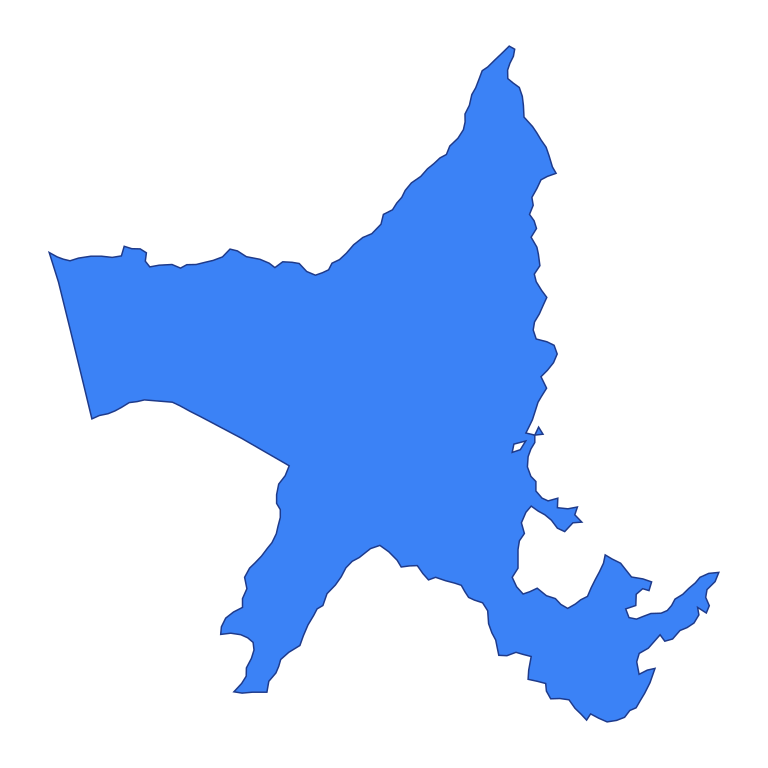 Ituporanga, Santa Catarina, Brazil (Mercator projection)
{"feature_id": "56859067B65605113855989", "entity_name": "Ituporanga", "entity_type": "district", "adm_level": 2, "iso_a3": "BRA", "parent_name": "Brazil", "parent_adm1": "Santa Catarina", "projection": "mercator", "projection_center": [-49.512, -27.444], "detail": "fine", "context": "isolated", "style": "filled", "palette": "blue", "viewbox_px": 768, "rotation_deg": 0, "n_neighbors": 0, "source": "geoboundaries", "source_scale": "gbopen_adm2", "svg_char_len": 4162}
<svg xmlns="http://www.w3.org/2000/svg" viewBox="0 0 768 768"><path d="M49.2,252.5L58.5,282.1L70.4,330.3L83.3,383.3L91.9,418.9L99.4,415.5L108.1,413.7L115.0,410.9L121.8,407.2L129.2,402.6L137.2,401.6L144.4,399.9L172.4,402.2L179.8,405.7L190.2,411.4L200.1,416.4L241.9,438.5L289.2,465.8L285.2,475.7L278.7,484.1L276.6,494.7L276.6,503.4L280.3,509.6L280.3,517.5L277.9,526.7L276.3,533.8L272.0,542.6L267.3,548.4L261.5,556.1L255.0,562.9L249.6,568.1L244.6,577.3L246.9,588.7L242.5,598.6L242.5,607.4L233.5,612.0L225.7,618.1L221.4,626.8L220.7,634.4L230.7,633.2L240.8,634.7L247.7,637.8L253.1,642.4L254.0,650.0L251.4,658.4L246.4,667.9L246.2,676.2L241.6,683.5L233.9,691.8L242.1,693.1L252.4,692.2L266.9,692.2L268.8,681.3L275.9,673.0L278.7,666.4L280.7,659.5L288.8,652.3L299.9,645.5L303.3,635.9L308.0,624.9L313.7,615.4L317.1,608.9L322.9,605.5L327.0,593.7L335.4,585.0L341.2,576.8L345.9,567.8L352.2,561.3L359.3,557.5L364.7,553.2L370.5,548.6L379.9,545.4L388.8,551.8L397.1,560.2L401.2,567.0L409.6,565.9L417.3,565.6L422.9,573.6L428.5,579.9L435.6,577.3L445.5,580.7L454.6,583.1L461.3,585.3L464.7,591.4L468.6,597.4L474.4,600.1L482.6,602.8L487.7,610.8L488.6,623.7L491.9,632.9L495.7,640.0L497.4,648.5L498.8,655.3L506.9,655.7L516.0,652.3L522.7,654.3L531.2,656.5L528.7,670.1L528.1,679.3L537.3,681.3L545.7,683.5L546.4,691.1L550.7,698.8L559.8,698.5L569.0,699.8L575.0,708.3L580.8,713.9L586.6,720.1L590.6,713.9L598.7,718.2L607.1,721.9L616.6,720.4L624.6,717.3L629.8,710.5L636.1,707.8L640.2,700.7L644.6,693.4L650.0,682.7L655.0,668.4L647.3,670.1L639.1,674.3L636.7,661.8L639.2,653.4L648.3,648.2L653.7,642.1L660.1,634.8L664.8,641.2L672.6,639.0L680.0,630.5L687.1,627.6L694.0,623.0L698.9,614.9L697.6,607.4L706.3,613.0L709.3,605.7L705.7,597.4L707.0,589.6L715.1,581.6L718.8,572.4L708.7,573.4L700.0,577.3L695.3,582.9L688.8,588.4L682.8,594.3L675.0,599.1L671.6,605.5L667.3,610.5L661.1,613.2L650.9,613.5L642.7,616.6L636.5,619.1L629.0,617.6L625.7,608.9L635.8,605.5L636.2,594.3L642.7,588.7L649.0,590.6L651.6,581.9L642.9,578.9L631.5,577.0L625.4,569.3L620.6,563.2L612.1,559.0L605.2,554.9L603.5,563.2L599.4,571.9L595.3,579.5L591.2,587.7L587.5,596.4L580.7,599.8L575.4,604.0L567.7,608.4L560.8,604.4L555.4,598.6L546.4,595.7L537.2,588.2L529.8,591.7L523.1,594.0L516.6,586.8L512.2,577.3L518.0,568.2L518.0,558.6L518.0,549.5L519.4,540.8L524.4,533.5L521.4,522.8L525.9,512.3L531.2,506.1L538.2,511.1L544.9,514.8L551.4,520.2L557.4,528.2L564.7,531.6L572.9,522.8L581.8,522.1L574.8,514.8L577.4,507.0L567.9,508.8L557.4,507.7L557.8,498.2L548.1,500.9L542.0,498.1L535.9,491.0L535.9,481.5L530.9,476.4L527.4,466.9L528.1,456.7L530.9,449.0L534.8,442.5L534.8,435.1L525.9,433.0L529.1,426.6L532.4,419.8L535.6,409.9L538.0,402.3L541.4,396.5L546.6,388.2L541.0,376.7L547.4,370.3L553.5,362.7L557.2,354.0L554.1,345.3L547.0,341.8L536.2,339.0L533.2,330.0L534.5,322.0L539.3,314.0L543.3,305.0L546.8,297.4L541.6,290.4L536.2,281.7L534.3,274.1L539.9,265.7L538.4,254.3L536.9,247.2L531.1,237.2L536.5,228.5L534.1,220.8L529.5,214.4L533.2,205.3L531.9,197.4L536.9,188.5L541.0,179.8L547.4,176.4L556.1,173.3L552.4,166.9L549.1,155.9L546.1,147.2L541.0,139.9L536.9,133.0L532.6,126.6L524.0,117.1L523.4,105.3L522.3,96.3L519.3,87.5L513.0,82.9L507.8,78.6L507.6,70.1L509.9,63.3L513.4,56.3L514.7,49.2L509.2,46.1L502.8,52.4L495.1,59.7L487.7,67.0L482.2,70.7L478.9,79.5L475.7,87.8L471.8,94.6L469.4,105.3L465.0,114.0L465.1,122.0L463.4,129.7L457.9,138.3L449.8,146.0L446.4,154.5L440.0,157.9L433.7,163.8L427.5,168.8L420.8,176.4L411.4,182.9L405.2,190.4L401.8,197.3L396.8,203.0L392.5,209.8L383.4,214.4L381.0,224.2L371.8,233.7L362.8,237.5L353.6,244.8L346.4,253.2L339.5,259.6L332.0,263.2L328.6,269.8L322.5,272.7L315.4,275.2L306.7,271.5L299.2,263.5L292.1,262.3L282.7,261.8L274.9,267.6L269.2,263.2L260.0,259.3L246.4,256.7L237.4,250.9L230.0,249.1L222.5,256.9L213.2,260.4L205.1,262.3L196.2,264.5L186.8,264.7L180.5,268.1L172.0,264.5L159.1,265.2L149.8,266.9L145.3,261.2L146.4,252.8L140.2,248.9L131.8,248.7L124.2,246.3L121.4,255.9L112.2,257.4L101.4,256.2L91.0,256.2L78.5,258.1L70.0,260.8L63.4,259.2L57.2,256.9L49.2,252.5ZM520.3,449.7L512.2,452.4L513.9,444.1L525.7,441.0L520.3,449.7ZM534.8,435.1L543.0,434.2L538.6,427.1L534.8,435.1Z" fill="#3b82f6" stroke="#1e3a8a" stroke-width="1.5"/></svg>